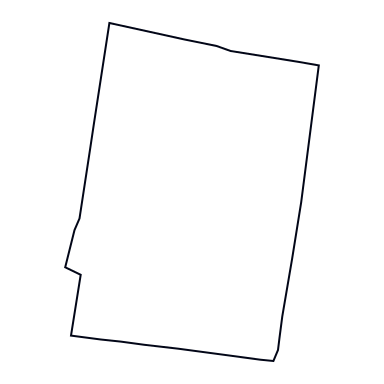 the district of Dois Irmãos, Rio Grande do Sul, Brazil
{"feature_id": "56859067B39393866453324", "entity_name": "Dois Irmãos", "entity_type": "district", "adm_level": 2, "iso_a3": "BRA", "parent_name": "Brazil", "parent_adm1": "Rio Grande do Sul", "projection": "albers", "projection_center": [-51.091, -29.598], "detail": "fine", "context": "isolated", "style": "outline", "palette": "ink", "viewbox_px": 384, "rotation_deg": 0, "n_neighbors": 0, "source": "geoboundaries", "source_scale": "gbopen_adm2", "svg_char_len": 414}
<svg xmlns="http://www.w3.org/2000/svg" viewBox="0 0 384 384"><path d="M292.1,258.9L301.2,202.2L318.8,65.4L298.7,61.9L230.6,51.0L216.6,46.0L184.1,39.4L109.4,23.0L93.9,123.8L90.1,149.1L79.5,218.5L74.5,230.1L65.2,267.3L80.7,274.8L71.0,335.6L100.8,339.5L120.8,341.6L144.4,344.8L178.3,348.7L260.3,359.7L273.4,361.0L278.0,350.0L279.5,337.8L282.3,316.3L292.1,258.9Z" fill="none" stroke="#020617" stroke-width="2"/></svg>